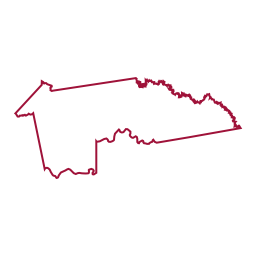 Puerto Asís, Putumayo, Colombia (Albers equal-area conic projection)
{"feature_id": "7082276B42533804398270", "entity_name": "Puerto Asís", "entity_type": "district", "adm_level": 2, "iso_a3": "COL", "parent_name": "Colombia", "parent_adm1": "Putumayo", "projection": "albers", "projection_center": [-76.112, 0.44], "detail": "fine", "context": "isolated", "style": "outline", "palette": "rose", "viewbox_px": 256, "rotation_deg": 0, "n_neighbors": 0, "source": "geoboundaries", "source_scale": "gbopen_adm2", "svg_char_len": 5717}
<svg xmlns="http://www.w3.org/2000/svg" viewBox="0 0 256 256"><path d="M41.8,81.2L41.7,84.9L15.4,113.4L15.9,113.8L17.6,116.5L18.1,116.6L19.1,116.5L19.9,115.6L20.9,115.7L22.0,115.3L22.8,115.7L23.2,115.1L24.1,115.3L24.9,114.8L25.9,115.6L28.0,114.5L28.7,113.7L30.3,114.6L32.0,114.3L33.2,113.2L44.7,169.1L45.2,168.3L46.2,167.9L47.4,167.9L48.4,168.4L49.7,169.6L50.8,172.0L52.6,174.9L53.4,175.6L55.3,176.1L56.5,177.9L57.6,177.7L58.1,177.2L58.8,175.4L60.9,172.5L65.3,170.5L67.3,169.3L68.5,168.9L70.3,169.7L73.8,173.2L75.8,174.0L77.6,173.2L79.2,172.9L81.9,173.3L85.8,173.5L88.2,173.3L88.7,173.0L89.0,172.1L88.8,170.0L89.0,169.7L91.3,168.9L92.9,169.5L93.7,170.6L93.6,171.3L92.5,173.0L92.7,174.2L93.1,174.4L93.8,174.4L96.3,172.8L96.3,141.3L96.6,141.7L97.3,141.7L99.8,141.3L104.2,139.0L106.4,138.5L107.4,139.3L108.0,140.2L108.1,141.0L108.8,141.7L110.3,141.9L111.9,141.4L113.4,140.6L114.0,139.9L114.3,136.5L115.0,133.7L118.9,129.5L119.3,129.8L120.2,131.8L121.4,132.4L122.4,132.4L123.5,132.1L125.9,129.1L127.5,129.2L130.4,131.6L130.4,133.7L129.8,134.7L129.9,135.7L131.3,137.2L132.2,137.7L133.1,137.8L135.7,136.3L136.8,137.0L137.3,138.8L137.3,142.0L138.2,143.1L139.0,143.2L139.3,142.1L142.2,140.5L143.1,140.9L143.4,141.5L143.3,142.3L144.0,143.2L145.5,143.4L147.2,143.9L149.0,143.8L149.2,143.3L150.7,142.3L152.2,141.8L152.8,140.1L153.3,139.7L154.7,141.8L156.7,142.7L189.3,137.2L240.6,128.1L240.1,127.3L239.6,127.4L239.2,127.1L239.0,126.5L239.3,126.0L239.1,125.7L238.7,125.7L237.6,126.5L236.7,126.8L235.9,126.5L235.9,125.9L235.4,126.1L235.7,125.6L235.6,125.2L234.9,125.4L235.0,125.1L235.5,124.9L235.3,124.7L234.7,124.6L234.7,124.3L235.3,124.2L234.6,123.0L235.7,121.7L235.3,121.6L234.5,122.0L233.5,121.0L233.0,121.2L232.8,120.8L233.0,120.5L233.9,120.4L234.0,120.1L233.6,119.6L233.7,118.6L234.1,118.3L234.7,118.5L234.8,118.0L234.2,117.3L233.3,117.8L232.1,117.4L232.7,116.6L232.4,116.4L231.9,116.7L232.0,115.4L231.4,114.7L230.6,115.1L230.5,114.8L231.0,114.1L230.3,114.2L230.1,113.9L230.4,113.4L229.3,113.0L230.2,112.2L229.9,112.0L229.3,112.3L228.9,111.9L229.5,111.6L229.3,110.8L229.0,110.7L228.7,111.2L228.1,110.1L227.6,110.0L226.7,108.8L226.7,109.8L226.5,110.3L225.8,109.9L225.2,109.8L225.5,109.3L224.8,108.9L224.5,108.4L225.2,108.5L225.4,107.8L224.8,107.1L224.5,107.4L224.0,106.7L222.9,106.9L222.4,105.6L222.0,106.4L221.7,105.6L221.3,105.7L221.3,105.1L220.7,104.9L221.1,104.2L220.4,103.6L220.6,102.6L218.7,103.2L217.9,103.8L217.7,103.5L218.2,103.5L218.2,102.7L217.6,102.6L216.7,101.8L215.7,102.5L216.0,102.8L216.7,102.9L216.6,103.2L215.3,102.5L214.8,102.5L213.8,99.6L212.0,99.4L212.1,98.9L211.4,98.4L210.5,98.3L210.8,97.5L210.7,97.3L210.0,97.9L210.2,97.2L209.6,96.3L209.2,94.2L209.0,94.3L209.2,94.8L209.0,95.0L208.3,94.3L207.3,94.3L207.3,94.8L206.7,95.1L206.4,96.1L205.1,95.8L205.1,96.2L204.6,96.5L204.6,97.2L204.7,97.5L205.2,97.5L205.2,98.3L205.0,97.9L204.2,97.8L204.4,99.0L203.9,99.7L203.3,99.8L203.0,100.3L202.2,100.9L200.6,101.0L200.6,101.3L201.1,101.6L200.9,102.4L200.5,102.6L200.1,102.1L199.7,103.3L198.5,102.2L197.3,102.1L197.1,101.5L196.7,101.9L195.8,102.0L195.9,102.4L196.7,102.4L196.7,102.6L194.9,103.2L194.3,102.4L195.0,102.4L195.0,101.2L194.7,101.2L194.6,101.7L194.0,101.5L194.6,100.9L194.4,100.0L193.8,99.4L193.4,99.7L192.5,99.6L192.6,100.1L190.9,99.0L191.2,98.3L191.2,97.3L190.7,97.1L191.0,97.4L190.6,98.0L190.1,97.6L190.1,96.5L189.1,96.1L189.2,95.7L189.9,95.2L189.4,94.7L188.9,95.2L188.9,95.9L188.4,96.0L188.1,95.0L187.2,95.4L186.4,94.8L185.3,94.5L185.2,95.5L185.8,96.0L185.7,96.4L185.4,96.4L184.7,95.8L184.7,94.9L184.0,95.2L184.0,94.6L183.5,94.0L183.6,93.4L182.9,93.4L182.0,92.9L182.1,95.1L181.6,96.6L180.4,97.1L179.7,96.7L179.3,97.3L178.9,97.3L179.1,96.0L180.3,95.3L178.9,94.8L178.8,93.5L178.2,93.2L177.6,93.8L177.0,93.2L176.7,93.5L176.1,93.5L175.3,94.6L175.1,94.2L174.3,94.3L172.4,93.3L172.4,93.0L173.0,93.3L173.1,93.2L173.1,92.8L172.5,92.4L172.9,92.2L173.0,91.5L173.5,91.3L173.5,90.6L173.2,90.6L173.1,91.0L172.3,91.0L172.2,90.8L172.6,90.6L172.0,89.9L172.3,89.6L171.1,89.4L171.8,89.9L171.5,90.3L170.7,89.8L170.0,89.9L169.4,89.7L168.8,88.7L169.4,88.9L169.5,88.6L169.9,88.8L170.3,88.6L170.8,87.9L170.5,87.9L170.2,87.3L170.7,87.6L171.3,87.2L171.2,86.6L170.7,86.6L170.2,86.1L170.3,85.4L169.8,85.5L168.5,84.8L168.4,85.2L168.7,85.4L167.1,86.0L166.9,85.6L167.7,85.5L167.3,85.1L166.6,85.0L166.3,85.4L165.2,84.7L164.4,84.5L163.4,84.7L163.0,84.3L163.0,84.0L163.4,84.0L163.0,83.7L163.3,83.5L163.4,82.6L163.7,83.2L164.1,83.2L164.7,81.1L164.2,82.0L163.3,81.1L163.1,81.5L163.5,81.5L163.5,81.8L162.7,82.2L161.5,82.0L161.3,81.7L162.2,81.5L161.1,80.9L159.7,82.5L159.5,82.2L159.9,81.6L159.5,81.6L159.1,81.1L158.6,81.9L158.8,82.5L157.9,84.0L158.4,84.4L158.1,84.6L157.3,84.0L156.3,83.9L155.9,83.4L155.1,83.6L154.8,83.5L154.0,83.9L153.9,83.6L154.4,83.4L154.0,82.6L154.1,82.1L152.2,82.2L151.8,81.5L151.6,81.7L151.0,80.5L150.1,81.0L149.6,81.0L149.2,80.4L148.4,81.6L148.1,81.2L147.6,81.3L147.9,80.5L147.8,79.9L147.7,80.3L147.3,80.1L147.3,80.5L146.8,80.8L146.7,80.2L146.2,80.8L145.7,80.2L145.8,82.4L145.1,83.5L146.5,83.7L146.4,84.7L146.2,84.9L145.9,84.8L145.8,85.1L143.5,83.9L142.9,84.0L145.4,85.8L145.5,86.5L144.8,86.5L143.8,85.5L142.0,85.1L141.8,85.4L143.3,86.5L142.6,86.9L142.6,87.2L142.1,87.1L141.5,86.1L141.2,85.9L140.9,85.9L140.7,87.0L139.6,87.1L139.1,86.4L139.0,85.5L139.8,85.0L141.1,84.7L140.3,83.8L140.3,82.0L140.0,81.9L139.6,82.6L139.1,82.6L138.8,82.4L138.7,81.4L138.0,81.3L138.7,83.1L138.5,83.7L137.9,83.7L137.7,83.3L138.3,83.5L138.2,83.1L136.7,82.5L136.8,80.5L136.3,79.3L136.5,78.8L136.0,78.6L135.8,78.1L52.7,90.7L51.8,91.0L50.5,90.2L50.7,88.8L50.3,88.0L50.7,87.2L51.7,86.7L51.8,86.2L51.6,85.7L47.2,84.2L46.3,83.2L44.7,83.1L44.2,83.5L43.8,83.4L43.5,83.2L43.3,82.1L41.8,81.2Z" fill="none" stroke="#9f1239" stroke-width="2"/></svg>